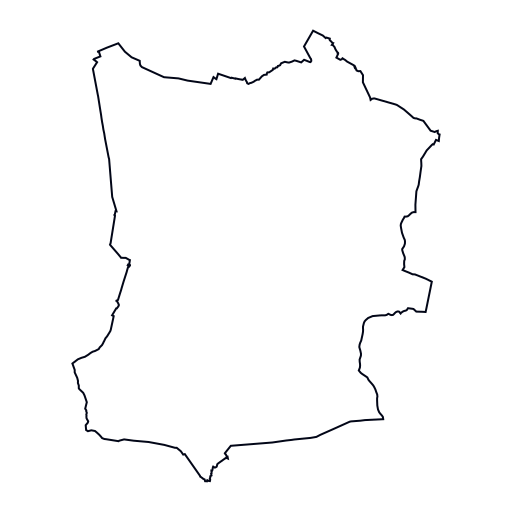 Villamar, Michoacán, Mexico (Robinson projection)
{"feature_id": "50627088B25056877567823", "entity_name": "Villamar", "entity_type": "district", "adm_level": 2, "iso_a3": "MEX", "parent_name": "Mexico", "parent_adm1": "Michoacán", "projection": "robinson", "projection_center": [-102.58, 19.992], "detail": "fine", "context": "isolated", "style": "outline", "palette": "ink", "viewbox_px": 512, "rotation_deg": 0, "n_neighbors": 0, "source": "geoboundaries", "source_scale": "gbopen_adm2", "svg_char_len": 5862}
<svg xmlns="http://www.w3.org/2000/svg" viewBox="0 0 512 512"><path d="M272.3,442.5L286.2,440.5L291.7,439.9L294.2,439.5L310.6,437.9L316.4,436.9L320.2,434.9L334.6,428.5L349.7,421.7L351.0,421.4L360.3,420.7L364.9,420.1L383.2,419.2L382.9,417.0L382.2,415.9L381.2,414.7L380.1,413.5L379.1,412.1L378.5,410.6L378.0,409.5L377.3,405.5L377.2,402.9L377.1,400.5L377.1,398.2L377.4,396.6L377.2,394.5L376.2,391.9L375.4,389.5L374.4,387.4L373.3,385.5L371.8,383.7L369.4,381.0L368.4,379.7L367.8,378.4L367.3,377.4L366.0,376.5L363.9,375.1L362.1,373.9L360.7,372.8L358.8,370.5L359.9,367.6L360.1,365.5L360.0,363.7L359.7,361.8L359.6,359.6L360.2,357.8L360.9,355.7L361.0,353.8L360.4,350.9L360.1,349.8L359.7,348.5L359.3,347.0L359.6,344.7L360.2,342.8L361.2,340.6L362.6,334.2L363.0,331.8L363.1,329.8L363.0,328.4L363.0,326.6L363.9,323.0L364.6,321.4L365.8,320.0L367.1,318.9L367.8,318.3L368.1,318.0L372.6,316.1L380.1,315.4L383.0,315.3L385.2,315.3L386.7,314.9L387.7,314.2L388.3,313.8L389.2,314.2L390.6,314.9L391.8,315.1L393.0,314.9L393.9,314.1L395.0,312.9L395.8,312.2L396.8,311.7L397.9,311.4L399.2,311.7L399.7,312.3L400.0,312.8L400.6,313.5L401.0,312.9L401.8,312.3L402.8,311.6L403.6,311.2L404.4,310.9L405.8,310.6L406.9,309.9L408.0,308.2L412.5,308.8L413.5,309.0L416.3,311.6L422.8,311.8L425.6,312.0L426.3,308.8L431.8,281.7L425.8,278.7L414.9,274.4L412.6,274.3L408.9,272.6L404.4,270.8L402.6,270.0L404.4,267.1L404.1,264.1L404.2,260.9L404.8,259.4L404.8,257.9L404.6,256.7L403.9,255.0L403.2,253.3L402.3,250.4L402.2,249.1L402.9,248.0L404.0,246.4L404.9,243.7L405.0,241.7L404.8,240.0L403.7,237.6L402.0,232.8L401.1,228.2L400.7,225.6L400.9,224.0L401.4,222.7L402.9,219.6L403.9,218.1L404.6,216.6L406.1,216.6L407.7,216.3L409.0,215.3L410.2,214.1L411.8,212.7L413.6,212.1L415.5,212.1L415.4,204.7L416.4,191.3L416.5,191.0L416.8,190.1L418.2,186.3L418.7,184.7L419.1,181.5L419.3,180.3L419.8,177.4L420.1,175.2L420.5,172.2L421.4,166.0L421.3,162.9L421.2,161.5L421.1,159.2L422.9,156.7L426.7,150.4L431.6,145.2L432.7,144.2L433.7,144.5L436.0,139.9L438.8,141.0L439.1,137.7L439.6,134.5L438.8,134.3L437.7,133.2L437.8,130.8L436.3,131.2L434.7,132.0L430.6,130.7L423.4,120.9L422.0,120.4L420.1,119.8L416.4,118.4L415.2,118.4L413.5,117.9L411.3,115.9L404.5,110.0L404.2,109.7L403.6,109.3L403.5,109.2L403.3,109.1L396.8,104.9L395.0,104.3L374.7,98.5L373.9,98.4L373.2,98.6L372.2,98.7L370.6,99.9L370.1,97.5L362.9,82.3L363.0,75.2L360.4,71.1L358.3,71.2L356.6,70.5L356.4,70.2L356.2,69.3L355.8,68.7L355.5,68.7L355.0,68.2L354.2,66.0L354.8,66.2L354.6,65.8L353.1,64.9L347.1,61.6L345.2,60.0L344.7,59.7L344.0,59.3L342.5,58.3L341.7,59.3L340.3,59.8L336.4,57.6L338.1,53.9L337.7,53.6L338.0,52.8L337.0,51.8L335.5,49.4L334.5,47.0L333.7,46.1L333.5,45.9L332.9,44.9L332.4,45.0L331.9,44.9L333.1,43.1L332.8,43.0L332.2,42.6L330.7,41.0L330.0,40.4L329.9,40.2L329.7,39.8L329.6,39.7L329.8,38.6L327.5,37.9L326.4,37.6L325.7,38.1L322.8,35.5L318.2,33.3L313.1,30.7L304.0,46.5L310.3,58.1L310.9,58.8L311.2,59.9L311.3,60.9L310.5,62.1L309.7,62.0L306.7,60.8L304.1,59.8L301.2,62.4L296.2,60.8L294.5,60.4L292.0,61.6L289.0,62.6L287.5,62.4L284.8,61.8L281.1,63.3L280.1,65.2L279.0,65.7L277.9,66.0L277.3,67.3L276.1,67.4L274.6,68.7L273.2,68.5L272.8,69.9L269.2,72.3L268.2,72.4L267.4,72.4L266.9,73.3L266.7,74.6L264.0,74.9L261.9,76.3L258.9,79.7L257.0,79.7L254.6,81.0L253.9,81.6L252.7,82.2L251.1,82.9L250.3,83.0L249.8,83.2L248.8,83.7L248.6,83.9L248.3,83.8L247.4,83.4L247.1,83.1L246.9,82.1L245.8,80.3L244.9,78.0L242.8,79.8L242.0,79.6L241.9,79.7L241.7,79.6L240.3,79.4L238.2,79.0L235.5,78.4L235.4,78.7L231.5,77.7L231.0,78.1L218.1,73.7L216.4,79.2L216.2,79.1L213.9,77.4L213.5,77.1L210.6,83.9L187.6,80.6L178.5,78.4L164.0,77.2L141.9,67.1L140.4,65.5L139.9,63.8L139.7,60.8L131.6,57.3L124.9,51.7L118.3,43.3L106.8,47.7L97.2,51.8L98.9,51.7L100.4,56.4L94.1,58.9L93.6,59.5L95.8,61.1L97.1,62.2L93.0,68.6L92.9,68.9L97.7,94.3L98.1,96.2L100.4,110.8L101.0,114.4L101.5,118.1L102.1,122.0L102.8,125.7L103.4,129.6L104.2,133.3L104.8,137.2L105.0,138.4L105.0,138.6L108.6,157.2L109.1,159.0L112.2,196.9L116.5,211.3L115.5,211.2L114.8,214.6L114.4,215.0L115.0,215.7L110.7,242.5L110.6,243.1L110.0,244.7L110.3,245.1L112.3,247.4L113.6,248.9L118.2,254.2L121.0,257.6L121.1,257.8L125.8,257.9L129.3,259.9L129.9,260.1L129.2,264.3L128.2,264.4L127.9,265.0L130.0,265.2L130.0,265.4L129.8,265.7L129.1,266.7L128.5,267.1L128.1,267.0L127.3,269.6L126.6,272.2L123.6,281.5L121.6,288.2L121.2,289.7L120.7,291.3L120.2,292.8L118.0,299.9L117.8,300.0L117.5,300.4L117.1,300.4L116.5,300.6L116.4,300.8L116.8,301.0L117.1,301.4L118.2,303.3L118.9,305.0L118.4,306.2L118.4,306.3L116.8,308.4L116.2,308.4L112.1,315.3L113.7,316.1L110.8,329.6L110.3,331.1L107.3,336.0L106.3,337.3L105.5,338.2L103.9,341.6L103.5,342.2L103.1,343.2L102.0,345.1L99.7,347.4L98.7,349.1L95.0,351.0L92.7,351.7L90.5,353.0L88.3,354.7L84.9,356.8L81.5,357.8L77.9,359.3L72.4,363.5L74.7,369.9L74.7,371.4L74.7,372.4L77.2,377.8L78.0,380.9L77.9,383.0L78.8,385.5L78.8,388.3L79.4,389.2L83.2,392.8L84.5,395.4L86.8,402.2L85.2,408.7L85.6,409.3L86.3,410.4L86.2,411.1L86.8,412.9L86.3,414.5L86.5,415.7L86.4,416.7L86.5,418.1L86.9,419.0L88.2,421.3L87.8,422.7L85.7,425.2L85.9,427.5L86.1,430.0L87.9,431.2L91.3,430.3L92.4,430.5L95.0,431.0L96.9,432.6L99.2,434.7L101.1,436.8L102.1,438.1L104.4,439.0L106.1,439.2L118.6,441.2L119.2,440.7L124.1,439.4L133.7,440.7L148.6,442.0L164.3,444.9L175.0,447.8L176.7,447.8L180.9,451.3L183.2,454.6L184.8,454.1L200.0,475.8L200.2,476.6L201.2,477.2L201.9,477.8L202.5,478.1L203.1,478.8L204.6,479.4L205.1,481.2L207.0,481.3L207.3,480.2L208.1,480.5L208.6,480.9L209.9,481.1L210.2,479.7L209.9,478.7L209.8,478.4L210.2,477.8L210.3,476.2L211.5,475.5L211.1,473.7L211.6,473.2L211.4,470.6L212.1,470.7L212.4,470.1L212.9,467.2L213.2,466.6L214.8,467.6L215.5,467.4L216.5,466.8L216.7,466.6L217.3,464.2L218.3,463.3L226.0,457.8L227.9,458.6L227.5,456.5L226.9,456.5L226.6,456.1L226.1,455.0L225.7,454.3L224.9,453.6L224.8,453.3L230.8,445.8L272.3,442.5Z" fill="none" stroke="#020617" stroke-width="2"/></svg>